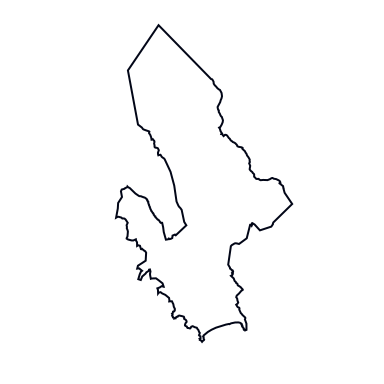 the district of Fljótsdalshérað, Austurland, Iceland, rotated 126°
{"feature_id": "244011B83679589752148", "entity_name": "Fljótsdalshérað", "entity_type": "district", "adm_level": 2, "iso_a3": "ISL", "parent_name": "Iceland", "parent_adm1": "Austurland", "projection": "albers", "projection_center": [-14.894, 65.096], "detail": "fine", "context": "isolated", "style": "outline", "palette": "ink", "viewbox_px": 384, "rotation_deg": 126, "n_neighbors": 0, "source": "geoboundaries", "source_scale": "gbopen_adm2", "svg_char_len": 6026}
<svg xmlns="http://www.w3.org/2000/svg" viewBox="0 0 384 384"><g transform="rotate(126 192 192)"><path d="M135.2,120.1L134.8,120.6L133.7,121.8L133.7,123.9L133.4,124.7L133.6,125.7L133.6,126.3L133.1,126.5L132.2,126.3L131.6,127.5L131.6,128.7L132.1,131.5L133.2,133.7L133.3,135.0L133.5,135.3L134.1,135.8L136.0,136.6L138.0,137.9L140.4,141.5L142.1,143.4L142.4,144.6L142.2,145.8L143.4,147.3L143.6,147.8L143.5,148.5L143.2,149.4L143.2,150.4L142.9,150.9L141.4,151.9L141.1,152.3L140.9,153.5L140.9,154.0L140.4,155.0L140.4,156.6L139.9,158.5L139.2,159.0L136.6,160.3L135.2,162.6L133.7,162.8L133.1,163.6L131.8,164.4L130.7,166.8L130.1,168.9L129.0,170.5L128.7,171.7L127.9,173.1L127.5,176.4L126.6,176.9L126.6,177.3L126.9,177.6L126.7,178.1L128.0,180.8L128.3,182.1L127.4,183.7L127.4,184.4L127.1,185.4L127.2,186.9L127.6,188.5L127.4,189.2L127.5,190.6L127.1,192.1L126.7,192.7L126.7,193.9L125.7,196.7L125.7,197.6L125.9,198.3L126.5,199.0L128.2,199.3L127.8,200.8L127.2,201.7L127.8,202.4L126.8,202.7L126.0,204.7L125.4,205.3L125.2,205.8L124.5,206.5L124.0,207.9L122.9,207.3L120.0,207.6L117.5,208.2L115.8,209.1L113.7,212.1L113.7,212.8L113.3,213.9L112.3,215.5L111.5,217.4L110.3,218.2L110.1,218.6L110.1,219.2L108.6,220.9L108.0,221.3L102.8,222.0L100.7,222.8L99.1,223.1L96.9,224.0L94.5,226.3L93.0,229.4L93.2,230.5L93.1,232.4L92.5,234.7L92.3,236.3L91.6,238.1L90.1,239.4L89.4,240.8L89.0,241.9L89.4,243.0L76.7,317.1L131.3,315.3L169.2,275.3L169.3,270.4L169.9,268.7L169.9,268.1L169.3,265.9L168.2,262.4L168.2,262.0L169.6,261.4L170.4,259.2L171.9,257.0L173.4,255.5L172.3,254.8L172.8,253.4L172.7,252.8L172.9,252.6L173.5,251.8L175.0,251.2L176.3,249.7L177.5,248.8L177.7,248.1L177.6,247.6L177.0,246.6L176.7,245.3L177.7,243.4L180.1,242.7L181.3,241.8L182.1,240.8L180.5,239.6L180.5,239.0L181.3,237.3L181.4,236.0L181.3,234.4L181.6,233.3L188.3,221.2L197.3,210.1L208.8,198.9L211.0,195.1L211.5,193.9L211.8,192.1L212.5,189.9L220.8,180.7L222.3,177.0L236.6,179.7L236.6,180.0L236.4,180.6L236.5,180.8L238.7,182.1L240.9,180.9L242.5,181.7L243.4,182.6L243.2,183.0L243.3,183.4L243.8,183.3L244.5,183.7L245.9,185.1L241.0,191.3L237.4,194.7L234.5,198.0L235.2,198.8L235.3,199.1L235.0,199.7L235.2,200.0L234.4,201.8L234.3,202.6L234.5,203.4L234.3,203.7L234.4,204.0L233.9,206.2L233.9,206.8L233.3,207.3L233.4,207.8L233.2,208.6L232.9,209.3L232.9,209.6L232.5,209.9L232.1,210.6L232.2,211.0L231.9,211.4L232.0,211.6L231.2,213.4L231.3,213.7L230.3,215.2L230.2,215.7L229.5,216.5L229.2,217.2L228.8,217.4L228.1,218.9L227.6,219.2L227.1,220.3L226.7,220.6L226.4,221.2L225.7,221.5L225.5,222.6L225.1,222.8L225.0,223.5L224.6,223.7L224.5,224.4L224.3,224.6L224.4,225.0L224.2,225.9L224.3,226.2L224.3,227.1L224.7,227.9L224.7,228.1L224.9,228.4L224.9,229.0L225.2,229.6L225.4,230.7L226.3,232.2L226.4,232.8L226.5,236.9L225.4,244.5L225.4,245.0L225.7,246.2L225.5,247.4L226.0,247.2L228.7,248.6L229.1,248.5L231.3,250.3L233.2,249.9L237.2,245.7L244.3,245.3L249.0,242.3L257.4,238.3L255.8,237.6L255.2,236.8L254.2,234.1L254.4,232.8L253.4,231.5L253.2,230.9L253.3,229.5L254.7,225.9L257.3,225.4L258.5,224.1L259.7,223.4L260.6,221.9L261.7,220.6L266.0,218.0L267.2,217.9L268.1,217.5L268.1,216.4L267.9,215.5L266.6,212.2L265.7,211.0L263.3,209.6L264.2,208.7L265.0,206.9L267.9,204.7L266.7,204.2L266.1,202.5L268.2,199.7L268.0,199.2L267.3,198.9L267.5,197.8L267.4,197.1L267.6,196.2L267.4,195.0L268.1,193.4L274.8,189.1L283.4,192.4L286.2,191.3L284.9,189.9L285.1,186.1L286.5,186.5L289.3,185.9L294.1,184.2L293.3,181.7L289.6,182.6L285.3,181.6L283.9,181.7L280.8,180.5L280.5,180.9L280.1,181.1L279.4,180.5L280.7,178.9L283.0,177.8L284.1,176.8L286.4,174.3L285.6,173.7L283.0,170.4L283.0,167.2L283.2,162.2L283.3,162.0L285.3,159.2L285.5,159.5L285.7,160.7L286.0,161.2L288.2,162.0L290.3,163.4L291.2,162.0L294.0,159.8L293.1,159.8L291.6,158.7L291.5,158.2L291.6,156.6L290.9,153.1L291.2,148.3L292.9,146.6L293.9,146.1L292.6,144.6L292.2,143.9L292.9,142.8L293.7,141.2L295.5,139.3L296.6,137.2L297.1,137.0L297.5,136.5L298.9,136.2L299.3,136.4L299.6,136.9L300.0,137.0L301.3,136.4L302.2,136.6L302.5,135.7L303.8,135.4L303.9,134.5L304.7,133.7L304.4,132.8L304.5,132.0L304.7,131.9L304.2,131.5L303.8,131.0L303.2,131.3L302.4,131.2L301.8,130.9L301.4,130.3L300.2,130.3L299.4,129.6L298.3,127.1L297.7,125.3L298.2,124.5L299.2,123.9L299.1,121.9L299.5,120.8L299.9,120.3L300.3,120.0L302.1,120.1L303.8,119.5L304.1,119.2L304.2,118.6L303.9,117.1L304.5,116.2L304.6,115.7L304.1,114.9L303.7,113.7L303.3,113.2L301.4,113.4L300.2,112.6L300.0,111.9L299.8,110.4L299.0,108.3L299.6,107.1L299.8,105.9L301.1,103.9L301.4,102.9L302.5,102.4L303.7,102.2L303.9,101.7L303.8,100.3L305.4,99.1L306.3,99.6L306.6,98.9L307.1,98.7L306.8,97.4L307.3,95.8L305.9,95.7L304.9,95.3L304.3,95.4L303.8,96.4L302.8,97.1L302.7,97.5L302.4,98.0L301.8,97.9L301.3,98.3L295.9,96.9L291.9,95.2L287.6,92.8L279.3,86.6L277.0,84.5L276.9,84.0L275.3,83.2L272.3,80.5L270.3,77.9L269.6,76.4L269.5,75.5L269.7,75.1L269.5,74.9L269.5,74.4L270.0,74.0L269.9,73.8L270.1,73.6L270.3,73.5L270.3,73.2L270.7,73.0L270.7,72.6L271.4,72.3L271.4,72.1L271.2,71.9L271.4,71.7L271.9,70.5L272.2,70.3L272.3,70.6L272.3,70.1L272.1,69.9L272.6,69.4L272.3,69.3L272.3,68.7L272.8,67.7L271.5,66.9L266.5,70.6L264.0,74.3L262.9,74.6L262.3,75.1L261.8,79.1L261.4,80.2L261.3,81.3L259.4,84.6L258.5,85.0L257.9,85.7L257.9,86.0L258.2,86.9L258.2,87.6L257.2,90.0L255.5,89.5L254.2,89.7L253.2,91.3L251.7,92.8L251.1,94.4L249.5,94.9L246.5,94.3L242.7,94.0L241.6,93.4L241.1,93.6L240.9,94.2L240.7,95.5L240.4,96.6L240.4,98.1L240.6,100.1L239.6,101.3L239.5,101.5L239.7,102.7L239.0,103.8L239.0,104.9L238.8,105.4L237.4,107.4L236.9,111.2L235.6,110.6L235.0,110.9L234.3,110.8L234.0,111.3L234.2,111.7L234.0,112.0L233.3,111.6L233.0,112.2L232.6,112.4L232.3,112.0L232.0,112.1L231.5,113.2L231.8,114.1L231.5,115.3L231.6,116.2L230.9,116.8L229.5,120.0L213.0,128.7L211.7,128.6L208.6,127.3L208.0,126.8L207.3,125.6L206.4,123.4L197.3,120.5L184.6,125.6L184.2,124.2L184.3,123.9L183.8,124.0L184.0,124.4L183.7,125.0L181.9,125.1L181.7,124.9L181.5,122.2L183.1,114.5L173.4,107.5L170.5,107.6L170.0,108.0L168.8,108.3L142.8,103.9L138.2,116.6L135.3,120.2L135.2,120.1Z" fill="none" stroke="#020617" stroke-width="2"/></g></svg>